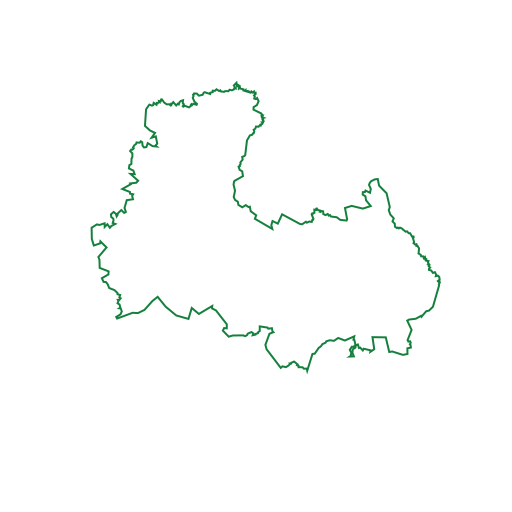 Zaubes pag., Amatas, Latvia (orthographic projection), rotated 220°
{"feature_id": "27541924B54710700451151", "entity_name": "Zaubes pag.", "entity_type": "district", "adm_level": 2, "iso_a3": "LVA", "parent_name": "Latvia", "parent_adm1": "Amatas", "projection": "orthographic", "projection_center": [25.326, 56.996], "detail": "fine", "context": "isolated", "style": "outline", "palette": "green", "viewbox_px": 512, "rotation_deg": 220, "n_neighbors": 0, "source": "geoboundaries", "source_scale": "gbopen_adm2", "svg_char_len": 6139}
<svg xmlns="http://www.w3.org/2000/svg" viewBox="0 0 512 512"><g transform="rotate(220 256 256)"><path d="M337.5,364.6L339.4,366.1L339.0,366.7L340.4,366.2L340.9,367.5L341.3,366.5L342.2,367.3L341.8,368.0L343.5,368.6L352.0,366.5L353.5,368.5L352.3,372.2L353.5,376.3L356.7,377.7L356.9,376.1L358.6,375.5L359.3,377.3L360.6,377.7L360.3,378.2L360.9,379.1L360.4,379.8L361.3,380.9L362.6,379.9L363.3,380.6L363.6,379.1L365.3,379.1L365.0,377.7L365.5,377.4L367.6,377.5L368.1,377.2L367.2,376.8L370.1,375.5L370.7,376.3L370.9,375.2L372.1,374.7L372.8,375.6L375.8,374.1L376.9,375.0L376.9,373.4L378.2,374.5L377.7,374.9L377.9,375.7L379.8,375.5L379.9,374.0L382.3,376.1L382.6,372.4L379.2,371.2L380.4,370.3L380.0,369.4L381.0,367.4L383.1,366.4L383.1,364.5L385.6,362.5L386.0,361.2L388.7,359.5L389.8,359.9L390.2,358.7L393.4,358.3L393.6,356.2L395.4,354.8L394.5,353.7L396.0,351.6L395.3,350.6L400.6,348.5L401.0,347.4L400.5,345.2L402.8,342.1L405.7,342.4L407.9,340.7L407.4,339.6L407.8,339.1L406.6,338.2L406.1,336.5L402.4,334.7L399.0,334.6L398.7,333.6L401.9,332.3L401.9,330.7L403.1,330.8L403.0,329.9L402.2,329.8L402.9,326.8L407.1,325.3L407.6,323.7L408.3,323.6L408.9,325.9L410.5,326.1L412.0,328.4L413.3,326.3L413.4,324.4L412.6,322.5L413.8,322.4L413.9,320.0L418.3,320.7L418.1,319.0L418.9,318.3L417.8,317.0L418.1,316.4L419.8,316.6L421.9,314.8L424.8,314.5L428.8,315.5L429.3,315.0L428.4,313.3L429.9,312.4L428.7,311.7L429.5,311.3L429.4,309.8L430.4,309.4L429.5,307.9L432.8,307.5L431.7,305.5L432.4,304.3L435.0,303.4L434.9,301.9L434.5,297.7L424.7,284.3L417.8,284.0L412.5,285.4L412.0,279.5L409.6,283.2L403.9,278.6L404.0,276.0L402.5,276.0L405.8,273.7L411.5,272.9L410.0,269.0L411.5,267.2L413.8,267.6L416.3,270.0L418.0,269.8L417.9,268.0L420.5,266.2L419.9,265.0L420.4,262.6L420.0,260.1L418.9,260.0L418.8,259.1L419.2,257.7L420.0,257.4L419.9,255.5L416.6,255.1L414.2,252.1L414.1,250.8L410.6,246.3L411.4,244.2L409.6,241.4L404.9,242.6L401.6,240.7L404.9,238.2L394.7,237.9L394.8,235.2L399.0,230.7L398.1,230.4L401.5,221.4L393.7,224.0L392.5,222.8L389.8,224.3L389.5,222.4L386.7,220.4L390.9,215.7L387.6,208.3L384.0,206.1L384.7,204.3L388.7,204.6L389.3,199.5L388.5,198.7L388.2,196.8L390.5,198.3L393.4,198.2L393.9,194.7L391.9,192.8L389.4,192.9L388.1,191.8L387.0,189.2L384.4,190.1L386.1,186.0L386.1,183.7L390.3,184.8L390.6,181.0L393.0,183.7L395.9,179.1L398.2,177.9L400.1,172.0L392.7,163.5L387.0,159.8L383.5,165.5L384.6,167.2L376.0,166.5L376.1,153.9L373.6,152.6L368.1,146.4L359.0,149.5L357.2,147.0L359.8,139.9L356.1,138.2L354.3,139.6L351.4,139.0L347.9,137.1L342.5,138.9L338.3,138.6L337.5,137.7L335.0,138.8L334.0,136.4L332.5,136.6L332.4,134.7L333.6,133.6L332.5,133.2L331.7,130.8L329.3,131.1L326.8,129.3L327.1,128.1L325.9,128.9L323.2,127.3L322.3,124.2L323.9,119.5L322.2,118.8L314.0,133.2L309.7,136.4L306.8,143.0L306.4,155.1L305.1,161.5L292.6,159.1L278.8,159.2L267.3,164.4L271.8,174.9L262.5,174.9L257.4,189.6L256.0,187.6L251.7,188.6L234.5,184.9L231.9,181.8L234.1,180.3L233.4,177.5L225.0,176.7L222.6,180.3L214.7,187.0L212.8,187.6L212.0,189.6L212.4,191.2L210.6,194.8L208.1,195.0L207.6,193.2L205.8,195.5L206.1,196.2L204.9,198.1L205.4,198.8L204.9,200.9L207.9,204.5L201.1,208.6L199.9,208.2L197.4,210.9L194.9,208.8L193.7,208.8L195.7,205.1L191.7,194.0L188.0,191.4L165.1,186.2L164.8,188.5L161.6,190.1L160.7,193.0L160.5,194.9L161.1,195.3L160.0,196.1L160.4,196.8L159.0,199.6L154.5,199.7L154.4,198.7L152.8,199.2L151.9,198.2L148.8,200.7L147.0,200.4L144.8,202.3L143.0,201.0L149.8,217.3L148.2,218.9L148.9,226.0L148.2,228.5L148.5,231.2L147.0,234.3L147.3,235.9L145.4,238.8L141.7,241.2L140.4,246.0L133.6,248.4L129.1,257.6L127.5,254.5L126.7,254.9L123.0,252.1L122.6,250.9L123.1,248.9L124.3,248.1L123.8,244.4L120.7,243.1L119.2,240.2L119.5,239.3L116.5,242.0L119.9,243.8L121.9,246.7L120.9,249.7L122.2,251.6L121.1,253.7L118.0,251.7L117.3,252.8L113.5,252.3L113.9,254.2L107.5,257.4L106.8,256.1L105.5,260.6L114.6,268.7L104.3,277.1L92.2,268.1L90.3,270.4L79.9,274.7L77.0,278.3L80.7,282.6L78.5,285.4L80.5,287.2L82.1,287.2L81.3,287.6L81.8,289.1L83.2,289.7L84.2,288.4L85.8,289.0L89.3,299.4L98.6,303.7L97.9,305.7L93.3,310.6L91.1,316.2L90.2,315.8L90.1,323.2L88.4,325.3L87.8,330.8L96.9,351.3L97.6,351.6L98.1,353.8L99.2,354.6L99.4,353.5L100.6,353.7L100.1,355.9L102.1,357.7L103.9,357.9L105.3,356.2L105.8,357.5L108.6,358.6L109.5,356.8L112.5,357.5L114.6,356.5L115.3,357.4L115.2,359.1L117.4,359.3L117.4,360.6L119.0,360.3L118.9,361.2L120.2,361.7L120.7,363.0L122.7,361.7L123.6,361.9L123.2,362.7L123.6,363.1L124.3,362.5L125.8,363.8L126.1,362.2L127.5,363.3L129.3,361.9L130.6,362.8L133.1,362.4L136.0,366.7L139.0,367.6L139.6,366.9L140.7,368.1L141.4,367.1L143.6,367.1L143.7,368.2L148.1,371.1L147.4,371.7L147.9,372.2L149.0,371.2L152.6,372.5L153.7,371.6L156.1,372.0L157.0,370.8L162.1,370.8L163.9,370.3L164.3,369.0L165.6,369.0L166.0,367.9L168.4,367.8L170.5,370.0L173.6,370.2L174.7,373.4L179.8,374.1L183.7,376.4L185.0,379.5L196.3,388.0L206.9,389.0L212.2,393.2L214.3,391.0L215.9,387.3L215.8,384.9L215.1,383.1L211.2,381.2L209.3,377.7L214.2,376.5L213.7,375.1L215.2,373.6L213.7,371.6L210.6,372.1L207.5,369.4L200.2,368.0L204.6,361.0L214.9,355.9L218.7,350.0L209.7,342.6L209.4,341.4L214.7,337.8L219.0,337.6L224.0,334.4L225.6,334.9L226.2,333.7L228.1,334.3L229.0,332.0L231.4,331.4L233.3,333.4L235.1,332.4L234.8,331.3L235.3,331.1L235.2,331.9L236.4,332.0L238.0,331.0L240.0,331.5L240.3,330.9L239.6,329.8L241.1,329.0L239.0,326.6L239.9,325.3L239.6,324.5L240.3,324.3L240.1,323.6L235.9,321.4L235.6,320.4L236.1,320.0L235.2,317.9L237.3,316.7L238.5,314.2L239.8,314.3L241.1,309.9L242.9,308.8L262.8,304.7L260.1,294.8L265.8,293.4L264.1,289.5L260.9,287.2L280.8,283.8L282.0,287.3L288.8,286.9L292.4,289.8L293.1,288.7L296.5,288.4L297.8,284.5L302.3,283.8L304.8,285.9L308.1,285.5L311.0,286.9L314.0,292.5L319.1,296.3L320.6,298.8L320.8,299.6L317.3,308.8L321.0,312.0L323.9,311.5L326.8,313.3L326.1,314.4L326.9,315.3L326.9,316.6L328.1,317.6L328.2,321.3L330.3,323.1L329.1,325.1L329.2,326.5L337.2,338.7L338.2,344.5L336.8,346.5L337.2,347.8L336.6,348.5L337.5,350.5L338.9,351.1L338.4,353.2L339.2,355.2L337.1,356.7L337.2,357.6L336.2,359.0L337.1,359.5L336.1,361.2L336.4,362.4L337.2,362.4L336.6,363.1L336.9,363.7L338.2,364.4L337.5,364.6Z" fill="none" stroke="#15803d" stroke-width="2"/></g></svg>